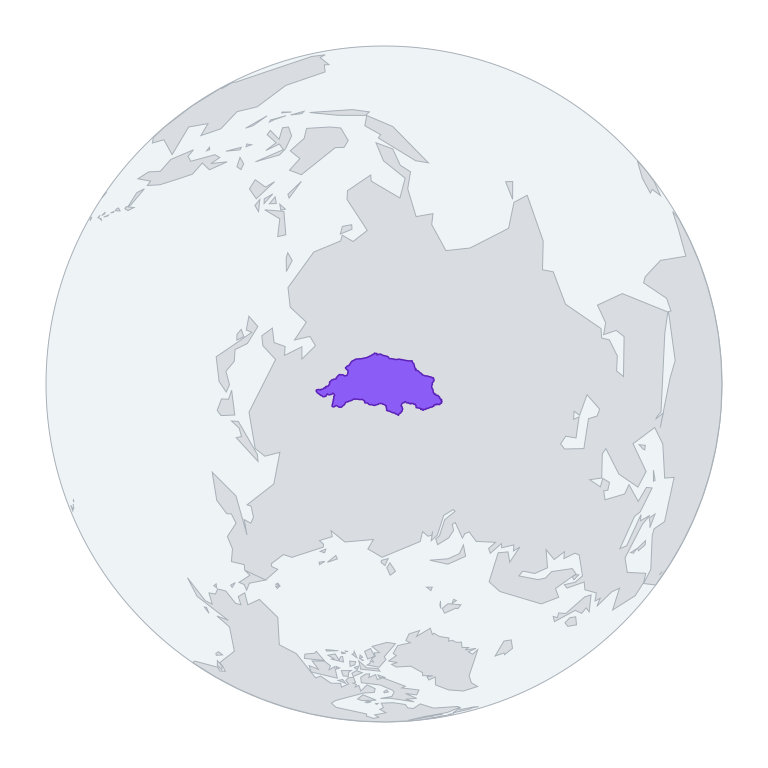 Mongolia on an orthographic globe, rotated 180°
{"feature_id": "MNG", "entity_name": "Mongolia", "entity_type": "country or territory", "adm_level": 0, "iso_a3": "MNG", "parent_name": "Asia", "parent_adm1": "", "projection": "orthographic", "projection_center": [102.872, 46.856], "detail": "fine", "context": "on_globe", "style": "filled", "palette": "violet", "viewbox_px": 768, "rotation_deg": 180, "n_neighbors": 0, "source": "natural_earth", "source_scale": "50m", "svg_char_len": 17813}
<svg xmlns="http://www.w3.org/2000/svg" viewBox="0 0 768 768"><g transform="rotate(180 384 384)"><circle cx="384" cy="384" r="338" fill="#eef3f6" stroke="#a8b0b8"/><path d="M574.3,104.8L575.4,105.5L573.3,106.9L550.3,100.8L548.0,97.0L542.7,96.7L545.3,101.8L548.2,105.4L533.6,116.8L538.5,141.1L551.0,152.0L539.7,147.7L570.8,171.6L580.5,190.2L562.8,167.4L555.8,163.8L559.0,175.1L552.5,174.0L550.3,179.1L542.2,177.0L532.5,164.7L527.1,163.3L529.7,171.5L523.2,175.2L520.2,163.2L508.6,168.6L490.2,150.6L488.7,123.2L471.7,114.4L452.4,90.1L447.4,91.9L436.9,84.8L427.3,84.6L426.5,80.8L419.5,84.0L422.1,87.5L419.9,90.2L414.5,90.6L412.5,85.7L414.9,84.8L411.5,83.6L412.8,81.0L409.1,82.5L407.2,76.9L401.0,83.1L392.8,79.3L393.8,75.5L404.2,75.0L432.4,67.5L436.6,64.8L432.0,60.7L401.3,54.0L401.6,51.9L394.3,49.6L389.3,50.7L393.2,53.1L382.1,55.3L388.2,58.7L384.6,60.3L386.7,64.8L375.0,65.3L362.6,63.5L360.2,60.1L354.7,59.5L347.7,64.1L334.5,59.9L310.4,61.5L308.2,60.7L320.5,55.6L343.8,51.4L359.7,47.7L337.9,51.5L332.8,50.7L327.1,51.5L320.7,52.8L318.1,53.9L314.0,54.3L334.1,49.8L338.1,49.4L331.7,50.6L342.6,48.9L356.1,47.2L355.8,47.3L381.4,46.1L406.9,46.9L432.4,49.6L457.6,54.2L482.3,60.7L506.5,69.1L530.0,79.2L552.6,91.2L574.3,104.8ZM697.3,262.8L694.9,258.8L695.2,257.2L697.3,262.8ZM694.2,259.1L694.9,259.9L694.4,259.8L694.2,259.1ZM694.3,260.9L694.2,259.6L694.7,261.7L694.3,260.9ZM694.9,264.1L694.5,262.2L694.7,262.6L694.9,264.1ZM694.8,267.4L694.6,268.0L694.0,265.8L694.8,267.4ZM550.6,107.4L546.0,102.1L546.1,98.2L550.7,102.6L550.6,107.4ZM549.5,116.3L545.5,113.1L551.7,112.7L552.1,114.6L549.5,116.3ZM561.5,160.6L559.0,154.7L563.6,160.9L561.5,160.6ZM551.4,180.2L554.2,182.3L551.9,184.2L551.4,180.2ZM392.9,64.4L389.9,64.6L391.1,63.6L392.9,64.4ZM396.7,66.4L400.3,65.1L402.7,65.9L400.4,66.6L396.7,66.4ZM537.4,182.8L532.8,185.4L535.8,180.6L537.4,182.8ZM391.8,67.8L406.4,67.5L410.4,69.0L405.1,73.2L391.8,67.8ZM529.0,185.6L518.1,192.7L523.3,197.8L502.3,188.0L518.6,184.8L521.4,177.8L523.8,183.5L529.0,185.6ZM425.3,88.5L422.3,84.7L429.8,87.6L425.3,88.5ZM430.7,89.8L457.0,96.1L458.8,102.4L449.6,98.7L455.9,107.1L443.8,106.9L437.6,102.3L438.9,98.2L433.3,101.4L430.7,89.8ZM492.4,181.8L488.3,182.0L490.7,179.5L492.4,181.8ZM419.7,91.6L424.8,92.1L426.7,97.4L416.7,97.5L419.3,95.7L419.7,91.6ZM463.5,109.6L463.1,113.9L453.2,114.8L451.8,116.7L443.7,107.5L463.5,109.6ZM416.1,94.7L411.6,97.4L405.7,95.3L414.7,91.5L416.1,94.7ZM431.4,98.9L431.8,101.6L428.3,100.0L431.4,98.9ZM382.5,90.4L388.6,90.4L390.1,93.1L382.5,90.4ZM410.3,98.6L412.3,99.3L413.6,100.5L409.5,101.9L410.3,98.6ZM437.3,109.0L433.2,108.7L440.1,112.8L432.9,114.1L428.8,107.8L427.6,111.1L425.4,111.5L424.5,106.0L437.3,109.0ZM409.2,107.1L401.5,100.2L389.8,99.4L388.1,96.8L407.3,98.8L409.2,107.1ZM418.3,106.9L412.3,106.4L413.2,103.2L417.9,101.6L418.3,106.9ZM429.6,117.3L441.6,116.9L442.1,118.4L429.6,117.3ZM405.6,107.4L407.5,109.1L404.7,107.7L405.6,107.4ZM422.0,114.8L426.2,114.4L426.6,116.0L422.0,114.8ZM407.9,113.0L405.4,110.7L408.5,109.4L407.9,113.0ZM414.2,114.3L413.8,116.7L411.1,110.3L416.0,113.8L414.2,114.3ZM421.7,116.4L423.3,117.3L419.9,116.4L421.7,116.4ZM397.5,119.5L393.4,111.8L400.3,108.9L403.4,116.6L397.5,119.5ZM112.4,183.0L124.4,184.5L117.2,198.6L115.8,232.3L113.9,239.2L103.4,246.4L93.9,290.6L103.3,289.9L105.2,323.9L113.3,340.5L135.0,324.3L121.9,296.5L130.1,280.9L149.1,293.9L162.1,319.4L165.7,314.2L166.3,290.0L178.3,288.3L167.6,281.1L165.2,289.6L158.5,285.6L160.2,277.8L164.3,277.2L163.0,268.2L143.4,274.0L139.0,283.3L129.8,266.6L121.5,280.6L115.9,280.0L127.8,256.1L133.5,251.6L148.1,219.3L141.3,222.3L127.0,253.4L127.4,247.2L118.1,252.7L125.6,243.7L143.0,210.2L140.7,195.6L122.2,194.7L124.2,185.8L132.9,172.2L155.4,158.0L148.5,179.8L156.4,176.1L171.2,161.6L167.8,169.8L173.0,166.9L171.7,175.1L183.1,178.2L183.8,186.0L201.0,179.9L203.7,183.3L192.8,185.8L185.5,192.1L188.8,213.0L193.2,214.8L204.1,209.4L203.6,216.3L213.8,208.5L221.9,218.3L220.5,200.2L233.3,194.5L245.2,196.9L249.1,192.1L229.9,188.4L222.4,190.0L216.4,196.4L195.8,199.4L191.9,194.1L212.5,179.5L209.3,170.7L226.7,164.1L268.1,176.5L278.9,186.2L269.8,215.2L260.0,216.1L258.3,205.8L248.1,221.0L254.5,217.0L254.2,223.1L266.3,220.2L266.6,224.4L277.7,214.7L279.4,219.6L272.4,225.7L291.8,226.6L298.8,236.1L303.1,234.4L305.6,229.9L312.8,245.6L315.7,243.6L314.4,237.7L319.2,230.2L330.4,223.3L332.3,229.1L328.5,232.3L323.3,248.3L312.9,256.7L314.8,258.5L324.3,252.6L330.6,233.0L336.8,227.3L335.3,236.6L336.3,232.8L340.0,231.8L345.4,236.4L347.8,226.5L385.9,210.7L400.1,219.1L394.5,228.5L423.0,226.0L436.9,237.2L435.7,231.4L448.6,227.4L444.4,223.8L444.8,220.8L476.0,210.7L484.7,213.4L496.8,204.1L496.2,201.4L490.3,198.7L502.3,188.0L523.3,197.8L523.7,203.4L536.6,206.4L535.5,219.1L540.6,231.5L531.9,244.8L536.7,254.1L541.2,254.3L551.2,267.6L555.8,295.8L532.0,272.0L521.0,233.0L523.8,248.4L517.2,244.9L514.5,250.6L516.9,261.9L520.9,263.2L494.2,284.0L488.1,315.7L503.1,311.8L512.8,319.5L519.0,355.8L492.4,408.5L505.1,422.2L506.2,432.2L495.7,439.9L493.9,425.4L482.9,421.5L483.5,412.6L466.1,421.2L466.1,408.9L452.5,422.3L458.1,431.6L473.5,428.0L461.7,445.8L477.8,460.9L480.0,480.4L454.2,516.0L427.3,527.1L425.8,532.8L414.9,526.5L400.7,537.6L421.0,568.6L420.5,577.3L397.3,593.0L396.8,586.9L368.1,570.0L362.8,589.8L384.5,607.2L392.0,625.2L375.3,619.1L367.7,602.7L357.5,596.2L360.3,579.2L351.9,551.4L335.0,554.4L336.3,543.4L322.1,517.4L297.9,520.0L259.4,539.7L254.0,565.7L240.8,572.7L224.8,527.0L225.5,498.2L214.8,496.2L202.5,463.8L167.0,439.4L166.3,429.9L158.7,428.2L150.7,412.1L151.4,397.0L144.5,391.4L143.9,431.4L151.7,437.6L164.4,433.3L162.3,445.2L170.5,462.9L145.7,474.4L100.2,456.0L103.2,434.5L107.0,356.0L111.1,351.5L111.4,350.8L111.9,349.3L104.6,355.2L107.8,340.5L97.8,390.4L92.8,407.5L99.5,456.4L97.0,457.1L101.4,469.7L124.4,485.1L122.9,491.1L107.5,507.6L82.1,511.8L89.8,539.4L95.3,556.4L89.3,549.4L78.0,527.4L68.3,504.6L60.4,481.2L54.1,457.2L49.6,432.9L47.0,408.3L46.1,383.6L47.0,358.9L47.1,358.4L48.2,346.0L48.5,343.9L52.4,319.2L58.1,294.8L65.5,271.0L74.8,247.7L85.7,225.2L98.3,203.6L112.4,183.0ZM108.7,193.2L105.6,196.5L108.7,193.2ZM168.3,358.8L181.0,373.3L188.4,352.7L193.9,356.8L194.4,348.6L188.9,351.2L192.0,330.0L202.2,331.8L207.4,324.2L203.4,319.0L184.1,319.4L179.5,349.3L170.9,352.0L168.3,358.8ZM331.6,51.0L329.9,51.3L323.3,52.5L326.2,51.8L331.6,51.0ZM295.3,60.9L289.4,61.4L295.6,60.2L298.5,58.8L315.1,55.1L308.0,60.2L308.2,58.3L295.3,60.9ZM335.3,52.5L325.5,53.6L336.5,52.2L335.3,52.5ZM203.0,145.2L198.2,150.3L192.3,151.2L191.5,143.2L200.1,141.6L203.0,145.2ZM192.8,157.6L213.5,146.4L214.8,151.6L210.6,150.4L209.4,155.0L202.2,154.5L183.3,171.1L176.9,173.1L178.9,156.1L181.8,160.2L186.3,154.7L192.8,157.6ZM263.9,115.0L272.9,112.0L264.1,126.9L256.8,128.1L255.5,119.7L263.4,113.3L263.9,115.0ZM379.7,76.1L383.7,75.2L384.2,76.4L381.3,78.1L379.7,76.1ZM385.2,90.2L362.8,81.8L366.2,80.1L349.0,78.0L351.4,73.1L362.5,74.5L351.3,69.6L362.3,68.8L353.8,66.2L378.2,69.8L387.6,69.5L376.2,71.5L373.8,75.9L375.6,77.8L387.7,83.0L406.7,85.3L407.3,90.7L402.7,93.9L398.3,94.1L399.2,90.4L392.5,93.4L390.6,88.4L385.2,90.2ZM348.4,137.5L351.4,131.5L337.7,139.8L335.6,133.4L334.1,134.8L328.5,131.5L319.0,130.0L319.6,126.8L315.7,127.7L311.8,125.7L306.6,125.9L305.9,120.6L299.5,120.5L302.8,118.1L291.9,119.6L299.7,116.2L295.5,113.8L290.2,118.3L298.9,92.3L296.6,85.2L290.4,81.5L304.6,77.0L319.4,78.1L332.5,83.1L332.7,91.1L339.1,88.0L341.0,91.1L335.2,92.2L345.4,92.4L345.4,95.3L357.1,101.8L371.8,101.0L376.4,103.7L370.7,105.5L379.3,107.0L371.7,112.4L374.8,114.6L370.4,122.4L357.6,125.2L362.1,127.5L359.0,134.1L348.4,137.5ZM395.9,121.6L381.0,125.6L372.6,124.3L383.8,111.2L382.0,108.5L388.8,100.8L400.9,103.0L397.8,104.9L397.7,107.3L394.0,105.7L396.8,108.9L392.7,111.8L393.7,115.1L388.6,115.4L395.9,121.6ZM118.2,240.3L117.9,244.6L118.8,249.9L113.0,253.9L118.2,240.3ZM129.6,217.3L130.3,219.9L122.5,227.3L122.8,223.2L129.6,217.3ZM137.4,215.4L131.0,219.5L134.6,214.8L137.4,215.4ZM194.1,188.2L195.6,191.0L193.1,192.9L189.2,193.2L194.1,188.2ZM307.1,163.2L310.2,159.3L312.3,159.8L323.4,154.8L325.8,159.5L320.0,164.3L307.1,163.2ZM128.9,323.3L122.7,322.7L123.2,318.1L125.2,319.2L128.9,323.3ZM114.5,286.8L114.6,297.9L112.9,287.7L114.5,286.8ZM311.6,167.4L315.9,164.7L314.4,168.7L311.6,167.4ZM328.1,162.7L327.5,167.1L327.3,159.5L328.1,162.7ZM125.7,589.9L130.6,607.2L121.9,597.3L113.8,586.4L107.6,572.5L115.6,578.5L117.7,575.0L125.7,589.9ZM476.4,656.0L486.3,655.1L485.9,656.0L476.4,656.0ZM466.1,654.4L477.5,653.0L464.0,656.7L466.1,654.4ZM481.9,652.3L493.6,648.4L498.6,645.9L497.6,648.0L481.9,652.3ZM458.3,655.5L415.5,658.4L398.6,656.1L402.6,652.6L430.1,652.7L458.3,655.5ZM401.3,652.5L375.3,641.5L339.6,605.2L352.4,607.3L389.7,630.1L387.3,633.4L403.1,642.2L401.3,652.5ZM463.9,629.5L461.4,639.6L437.9,641.0L427.2,640.0L419.8,627.5L423.9,620.6L432.7,620.4L466.6,593.3L478.5,597.8L468.1,609.4L477.8,617.2L463.9,629.5ZM255.4,568.7L262.4,586.3L255.3,586.5L255.4,568.7ZM480.1,573.7L466.6,586.7L478.9,570.0L480.1,573.7ZM487.2,558.0L488.2,563.8L482.6,558.9L487.2,558.0ZM425.6,541.6L416.3,543.3L416.0,538.8L427.7,534.0L425.6,541.6ZM481.6,496.5L481.8,510.3L480.2,515.2L475.8,507.5L481.6,496.5ZM338.2,207.8L320.1,209.2L308.6,214.3L304.6,223.1L302.4,211.7L320.1,203.8L338.2,207.8ZM379.8,209.5L383.1,202.5L386.9,205.6L386.6,207.6L379.8,209.5ZM378.1,205.2L372.5,196.7L377.8,192.8L381.2,200.3L378.1,205.2ZM341.4,180.8L335.8,180.8L337.1,177.4L341.4,180.8ZM546.6,680.2L545.3,680.5L538.1,684.4L546.5,679.2L535.4,685.6L532.3,685.8L521.3,689.6L456.3,711.5L442.8,713.2L448.0,710.5L439.1,703.4L443.7,703.1L442.9,696.1L482.2,682.6L511.0,661.1L530.9,656.4L547.2,639.2L567.1,632.4L560.0,644.4L579.3,641.0L595.9,613.4L604.1,628.2L615.6,625.0L614.6,630.6L603.8,640.7L576.2,661.9L546.6,680.2ZM665.9,570.4L662.8,574.8L662.0,575.1L663.9,572.7L665.9,570.4L665.9,570.4ZM677.0,549.9L677.6,549.5L676.6,551.2L677.0,549.9ZM676.2,550.8L678.0,547.1L677.3,549.2L676.2,550.8ZM668.0,552.7L669.6,550.0L670.1,550.2L668.0,552.7ZM500.9,652.2L515.0,642.3L522.4,639.8L500.9,652.2ZM666.3,552.4L662.7,555.9L663.2,554.3L666.3,552.4ZM666.8,549.2L666.6,547.8L668.4,549.7L666.8,549.2ZM660.2,552.0L664.4,550.9L659.6,552.9L660.2,552.0ZM657.4,555.0L654.2,556.5L654.4,555.7L657.4,555.0ZM617.5,586.9L630.1,589.2L619.4,596.1L607.6,596.7L597.3,608.5L574.5,618.2L580.0,611.8L577.2,606.7L553.1,613.3L548.2,610.5L557.0,604.5L540.8,606.2L558.6,598.2L565.7,605.0L575.6,593.8L592.4,588.2L608.3,583.2L620.7,582.5L617.5,586.9ZM558.3,618.3L561.3,617.2L558.5,620.8L558.3,618.3ZM647.9,557.1L652.6,557.2L652.0,558.7L649.6,560.1L647.9,557.1ZM623.6,579.2L637.1,563.2L640.1,561.2L631.1,575.4L623.6,579.2ZM634.0,560.5L640.0,557.4L643.1,559.2L641.8,561.3L634.0,560.5ZM521.9,621.3L521.2,624.0L516.5,623.2L521.9,621.3ZM528.0,618.2L542.1,616.8L526.7,620.7L528.0,618.2ZM484.6,618.4L488.7,624.0L502.2,617.5L491.9,625.2L500.8,633.3L497.7,637.6L488.9,628.7L485.5,640.2L479.5,641.0L476.4,632.1L482.5,619.2L488.5,613.1L512.6,606.2L484.6,618.4ZM528.0,610.6L524.3,604.2L527.0,598.4L531.1,601.3L528.0,610.6ZM512.8,588.2L502.5,580.9L493.4,586.3L511.7,569.3L518.6,579.1L512.8,588.2ZM503.8,569.1L495.2,574.1L503.9,564.4L503.8,569.1ZM492.9,571.2L491.7,564.5L498.6,564.2L492.9,571.2ZM508.2,568.5L509.5,556.4L513.1,562.6L508.2,568.5ZM488.2,549.2L503.3,558.2L484.1,556.6L482.2,533.2L490.3,531.4L488.2,549.2ZM526.8,438.6L524.2,431.4L531.2,427.8L531.0,433.7L526.8,438.6ZM551.8,411.2L532.3,424.5L516.2,435.7L521.7,438.0L519.1,451.8L510.2,441.5L520.6,424.5L533.0,418.4L533.7,406.8L542.1,396.7L538.5,383.3L541.8,376.0L548.9,386.5L551.8,411.2ZM536.4,377.8L533.2,353.0L547.0,352.4L550.8,357.6L546.5,369.1L539.5,368.7L536.4,377.8ZM536.5,347.0L529.7,346.6L510.6,313.5L510.0,306.6L531.8,330.3L526.5,331.4L528.8,339.9L536.5,347.0ZM490.1,184.9L488.4,182.3L492.2,183.8L490.1,184.9ZM442.2,218.9L443.4,215.2L447.7,216.7L442.2,218.9ZM448.9,205.8L443.2,206.6L448.5,203.3L448.9,205.8ZM430.6,209.1L440.6,205.7L432.2,212.5L430.6,209.1Z" fill="#d9dde1" stroke="#a8b0b8" stroke-width="1"/><path d="M326.6,364.9L327.0,364.9L327.8,364.5L327.9,364.3L328.0,363.8L328.3,363.5L329.1,363.4L329.3,363.5L330.0,363.6L330.4,363.9L330.7,363.9L330.8,363.8L330.9,363.5L331.1,363.4L331.3,363.8L331.8,363.8L332.1,363.7L332.2,363.3L332.4,363.2L332.6,363.3L333.0,363.4L333.3,363.1L334.0,362.9L334.1,362.7L334.1,362.3L334.2,361.8L334.6,361.6L335.1,361.7L335.5,361.6L335.7,361.1L335.9,361.0L336.6,360.9L337.7,360.6L338.2,360.6L338.7,360.2L339.0,360.1L339.8,359.7L341.0,359.5L341.3,359.6L341.4,359.3L341.8,359.1L342.0,359.1L342.5,358.6L342.9,358.5L344.3,358.6L344.7,358.2L344.8,357.8L345.1,357.8L345.3,358.2L345.8,358.7L345.9,358.9L346.1,359.0L346.4,358.8L346.6,358.5L346.8,358.4L347.2,358.6L347.3,359.3L347.6,359.6L348.2,359.7L349.5,360.0L351.2,360.3L351.8,360.4L351.9,360.7L352.0,361.9L352.0,362.4L352.1,362.7L352.3,362.8L352.7,363.3L352.8,363.7L353.2,363.6L354.0,363.7L354.3,363.9L354.4,364.2L354.6,364.4L355.7,364.5L355.9,364.6L356.2,364.7L356.3,364.5L356.9,364.4L357.2,364.2L357.5,364.2L357.7,364.5L358.0,364.5L358.1,364.3L358.3,364.4L358.9,364.7L359.1,365.0L359.4,365.1L359.9,365.0L360.0,365.1L360.6,365.1L361.7,365.3L362.1,365.8L362.2,366.1L362.4,366.3L363.0,366.3L363.8,365.7L364.0,365.3L364.5,365.2L365.0,365.2L365.3,364.9L365.6,364.8L366.0,364.5L366.6,363.2L366.8,362.1L366.8,361.8L366.6,361.7L366.3,361.6L365.9,361.1L365.7,360.4L365.7,359.9L365.3,359.1L365.4,358.7L365.7,358.0L365.8,357.4L365.9,357.0L366.0,356.8L366.3,356.4L366.5,356.2L366.8,356.2L367.0,355.7L367.3,355.1L367.5,354.9L368.6,354.5L369.1,353.9L369.2,353.6L369.4,352.9L369.6,352.7L369.8,352.8L370.1,353.2L370.3,353.2L371.4,353.9L372.5,354.2L373.2,354.9L373.6,355.1L375.2,355.2L377.9,356.5L378.5,356.9L378.8,356.8L379.2,356.8L381.2,357.5L381.4,357.7L381.4,358.0L381.3,358.3L381.3,358.9L381.5,359.3L381.6,360.2L381.6,360.6L381.6,360.8L381.8,360.9L381.9,361.2L381.8,361.7L381.8,362.0L382.0,362.3L382.5,362.4L382.8,362.8L383.3,363.2L384.0,363.5L385.1,363.8L385.4,363.9L385.6,364.3L386.1,364.4L386.9,364.6L387.5,364.4L388.6,364.5L388.9,364.4L389.6,363.8L390.0,363.6L390.5,363.5L390.8,363.4L391.9,363.1L392.4,363.1L393.0,362.6L393.4,362.5L394.6,362.8L395.3,362.9L396.1,363.3L396.6,363.4L397.9,363.2L398.4,363.3L399.4,363.9L399.8,364.5L400.5,365.1L402.0,365.0L403.1,365.2L403.2,365.3L403.2,365.7L403.3,366.7L403.4,366.9L403.6,366.9L403.7,367.2L404.4,367.6L405.2,368.3L405.7,368.6L406.0,368.7L406.5,368.5L408.4,368.4L409.3,368.6L409.6,368.7L412.2,369.0L412.6,368.7L413.0,368.7L413.8,369.1L414.1,369.0L414.6,368.8L416.4,367.5L416.8,367.6L417.9,367.1L419.2,366.8L420.2,366.1L420.7,366.0L421.4,366.0L421.8,365.9L422.7,365.2L423.0,364.1L424.3,362.7L425.4,362.0L426.0,361.3L426.8,360.7L427.1,360.8L428.5,360.7L429.5,361.1L429.9,361.5L430.7,362.1L431.3,362.3L432.4,362.2L433.8,361.2L434.1,361.1L434.7,361.2L435.5,361.4L435.8,361.6L436.0,361.9L434.6,368.0L434.7,368.4L434.5,369.0L434.1,369.7L434.1,370.4L434.2,371.1L434.3,371.6L433.4,372.5L433.7,373.5L434.0,373.9L434.4,374.3L435.3,374.8L435.6,374.6L435.9,374.1L436.4,373.6L437.5,373.5L438.0,373.3L438.4,373.2L439.0,373.2L439.7,373.3L440.2,373.6L440.6,374.0L440.9,374.0L441.2,373.4L441.5,373.0L442.1,371.8L442.9,371.6L443.1,371.4L443.5,371.3L443.9,371.4L444.9,371.3L445.2,371.4L446.2,372.4L447.3,372.6L447.5,372.7L447.8,373.2L448.0,373.4L448.6,373.6L448.8,373.9L449.7,374.6L450.6,375.1L450.8,375.4L450.9,375.7L451.1,376.0L451.7,376.6L451.7,377.0L451.8,377.3L451.8,377.7L451.2,378.2L450.9,378.3L450.3,378.3L449.8,378.5L449.1,378.5L448.5,378.3L448.2,378.1L447.7,378.0L447.3,378.5L447.0,378.5L446.8,378.7L445.7,378.7L444.8,379.2L444.2,379.6L443.9,380.1L443.7,380.3L443.4,380.3L442.8,380.1L442.4,380.1L442.3,380.3L442.2,381.1L442.3,381.3L442.2,381.5L440.8,381.8L440.3,381.7L440.1,381.8L439.7,382.2L439.5,382.3L439.3,382.5L439.2,383.0L438.6,383.8L438.3,385.1L438.5,385.6L438.4,386.0L438.1,386.3L437.8,386.4L437.4,386.8L436.5,387.9L434.5,388.7L433.5,388.9L432.8,388.8L432.4,388.9L432.1,389.1L431.9,389.2L431.9,389.8L431.7,390.2L430.8,391.3L430.5,391.8L430.3,392.0L429.7,392.3L428.9,393.3L428.6,393.4L427.4,393.3L426.4,393.3L424.9,393.1L424.4,392.9L424.0,392.4L423.6,392.2L422.3,392.3L422.0,392.2L421.4,392.4L420.9,393.0L420.5,393.9L420.2,394.9L420.1,395.8L419.8,396.4L419.8,396.7L420.0,397.0L420.4,397.7L420.8,398.2L421.9,399.1L422.4,399.7L422.5,400.1L422.5,400.3L422.3,400.5L421.8,400.7L421.0,401.8L420.8,401.8L418.8,402.9L416.7,406.1L416.5,406.5L413.6,408.1L412.5,408.7L412.1,408.9L411.2,408.9L409.3,409.2L407.0,409.2L401.0,410.5L397.1,412.4L394.7,413.8L394.2,414.0L393.6,414.7L393.3,414.9L392.8,414.6L391.2,414.5L391.1,413.3L387.7,414.0L384.9,412.6L380.9,411.7L380.1,411.3L379.7,410.9L379.0,409.8L378.7,409.6L378.0,409.4L376.3,409.3L371.5,408.4L369.2,408.9L359.5,407.1L356.0,407.2L355.8,407.0L355.8,406.4L355.7,406.0L355.2,405.4L354.8,404.9L354.2,404.2L354.0,403.8L353.9,403.1L353.1,400.3L352.9,399.7L352.7,399.4L352.2,399.3L352.1,399.1L352.1,398.7L352.4,397.8L352.3,397.7L351.1,397.7L349.7,397.0L348.9,396.2L348.4,395.8L347.7,395.0L346.8,394.7L346.4,394.4L346.0,393.7L345.7,393.3L345.1,393.0L344.2,392.6L342.2,392.0L341.3,392.1L340.7,392.0L339.7,391.7L339.1,391.4L337.3,391.1L336.7,390.8L336.2,390.7L335.9,390.5L335.6,390.2L335.2,390.0L334.8,389.9L334.7,390.0L334.5,389.6L334.2,388.9L334.2,388.6L333.9,387.9L334.3,386.8L334.8,386.1L335.0,386.0L335.7,385.2L335.8,384.8L335.7,384.3L335.6,383.8L335.7,383.4L335.9,383.1L336.3,382.3L336.3,382.1L336.2,381.9L336.3,381.0L336.0,379.7L335.5,379.4L334.9,377.6L334.8,377.3L334.9,376.9L334.8,376.3L334.6,375.7L334.6,375.3L334.5,375.2L334.1,375.0L333.8,374.7L333.7,374.3L333.7,374.0L333.6,373.8L333.4,373.7L333.1,374.0L332.8,374.0L332.6,374.0L332.1,373.4L331.9,372.8L331.7,372.6L331.1,372.5L330.5,372.7L330.0,372.5L329.6,371.9L329.3,371.7L328.4,370.9L328.5,370.3L328.4,369.9L328.0,369.7L327.7,369.2L326.5,368.5L326.5,368.3L326.5,368.2L326.9,367.9L327.0,367.7L326.9,367.5L326.2,367.0L326.2,366.8L326.0,366.4L326.1,366.2L326.5,366.0L326.6,365.8L326.5,365.6L326.5,365.3L326.6,365.1L326.6,364.9Z" fill="#8b5cf6" stroke="#5b21b6" stroke-width="1.5"/></g></svg>